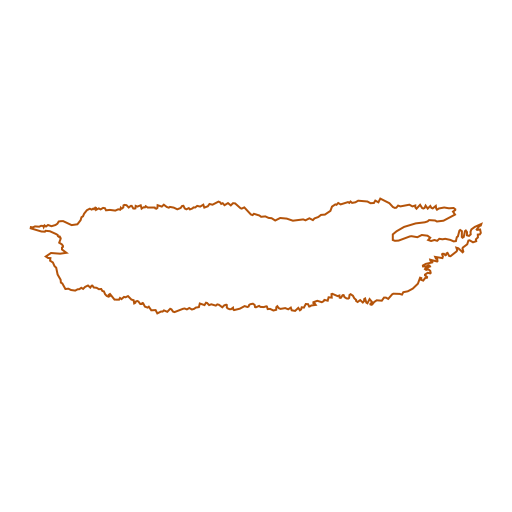 outline of Tlacotepec de Mejía, Veracruz, Mexico
{"feature_id": "50627088B38998854105063", "entity_name": "Tlacotepec de Mejía", "entity_type": "district", "adm_level": 2, "iso_a3": "MEX", "parent_name": "Mexico", "parent_adm1": "Veracruz", "projection": "orthographic", "projection_center": [-96.778, 19.183], "detail": "fine", "context": "isolated", "style": "outline", "palette": "amber", "viewbox_px": 512, "rotation_deg": 0, "n_neighbors": 0, "source": "geoboundaries", "source_scale": "gbopen_adm2", "svg_char_len": 6048}
<svg xmlns="http://www.w3.org/2000/svg" viewBox="0 0 512 512"><path d="M480.1,229.5L477.1,229.9L476.7,229.5L479.2,226.2L480.8,225.5L481.3,224.0L474.8,226.9L471.4,229.4L470.5,231.8L470.7,234.4L469.0,235.9L466.9,235.3L467.0,232.1L465.8,230.5L465.0,231.1L463.7,237.0L462.5,237.7L461.8,236.9L461.9,231.2L460.2,230.0L459.4,230.7L457.9,236.4L456.8,237.2L455.9,241.1L453.7,241.4L450.3,239.9L445.2,238.8L442.5,239.3L439.3,238.8L437.2,240.8L434.4,240.0L431.1,241.0L428.2,240.0L430.2,237.7L427.5,235.7L421.8,235.0L417.4,237.2L411.6,236.2L409.9,236.4L398.6,240.6L394.9,240.8L392.8,240.0L392.8,234.4L396.5,231.3L404.1,226.9L415.7,223.4L424.8,222.3L427.6,221.4L429.1,220.1L435.1,220.5L436.9,221.5L443.5,220.7L455.0,214.6L453.0,211.6L455.2,210.1L455.3,209.3L453.6,208.0L448.9,208.3L444.2,207.5L438.8,208.5L437.0,209.7L436.2,208.5L435.8,205.9L432.7,208.4L431.4,207.9L430.3,206.0L427.7,208.6L425.6,205.6L424.5,208.0L423.3,208.5L422.1,208.0L420.1,204.8L416.5,208.7L415.4,207.5L415.3,205.5L412.4,206.4L409.4,204.7L400.4,206.4L398.1,205.6L396.3,207.7L394.8,207.9L392.9,207.0L389.4,203.2L380.3,198.6L378.4,202.3L375.3,200.6L373.9,203.0L370.5,203.2L367.4,201.5L358.2,200.7L355.4,202.3L352.1,202.9L350.5,201.5L349.3,202.9L348.0,202.1L340.6,204.4L338.2,203.0L336.5,204.8L335.3,204.4L332.0,206.6L330.4,210.9L327.7,212.7L324.9,214.6L321.0,214.9L318.3,217.0L314.5,218.4L312.9,220.1L309.4,218.3L305.5,220.3L303.2,219.4L292.9,220.7L286.7,218.6L280.2,218.0L275.2,220.5L271.6,218.2L268.6,217.9L265.3,216.4L261.1,216.8L259.4,215.5L253.9,213.8L252.6,215.1L250.9,214.5L244.3,207.4L241.7,208.6L240.5,208.2L235.1,203.4L233.0,203.2L230.8,205.4L228.0,203.1L224.5,205.2L222.7,203.2L221.2,203.9L220.2,202.4L218.5,201.6L212.5,204.7L209.5,204.0L207.8,206.3L204.3,207.6L203.3,204.7L200.2,206.6L197.2,205.9L195.2,207.5L193.5,207.4L192.5,208.4L189.9,209.4L188.8,208.1L186.4,209.3L184.8,208.5L183.4,205.8L182.1,206.0L180.6,208.0L177.3,209.3L173.7,207.6L169.9,206.9L168.8,207.7L166.8,207.0L163.8,204.7L161.8,206.6L157.6,205.2L157.4,207.9L156.4,208.7L155.3,208.4L154.7,207.5L147.6,207.5L145.7,206.2L144.9,207.4L143.5,207.3L141.6,208.6L140.7,205.3L137.4,206.6L135.7,205.9L135.4,208.4L134.5,208.6L133.3,208.5L131.7,205.9L130.8,205.9L128.7,207.5L126.5,205.2L124.4,204.9L123.5,205.4L123.3,207.4L122.2,208.4L121.5,208.7L120.8,207.8L120.2,209.7L118.2,209.3L115.3,210.6L109.9,209.9L106.0,210.3L104.9,208.2L103.1,207.9L100.6,209.4L98.8,208.4L96.1,209.8L96.0,207.9L95.3,207.6L94.0,209.2L93.2,208.6L91.7,209.6L89.8,208.7L86.9,210.2L84.1,213.7L83.0,216.3L81.5,217.2L80.6,220.2L77.4,224.3L71.6,225.1L63.1,221.1L60.6,221.2L58.7,221.5L57.4,223.7L55.5,225.0L51.5,226.2L48.0,225.0L46.0,226.5L44.5,225.4L43.7,227.1L43.3,226.0L41.1,225.8L39.2,226.7L35.0,226.4L32.8,227.4L30.9,227.1L30.7,228.3L41.4,231.5L44.9,231.7L45.5,230.8L49.8,231.2L56.0,234.0L57.7,235.0L57.9,236.1L59.4,237.2L59.8,236.7L60.4,237.6L60.7,238.6L59.2,242.7L61.9,244.4L62.9,245.8L63.0,246.8L62.0,247.5L62.0,249.5L66.4,252.8L60.1,253.7L51.0,253.0L45.8,256.5L48.1,258.0L50.4,258.1L50.1,260.7L52.9,262.5L54.5,266.1L56.2,267.7L57.6,274.5L60.6,279.7L60.9,282.6L62.3,283.4L65.4,289.0L68.4,288.7L71.0,290.0L75.2,290.6L77.6,289.3L79.3,289.2L81.3,287.8L83.1,288.9L85.1,286.9L88.0,285.5L90.3,287.6L91.6,285.7L92.4,285.6L93.8,287.5L96.6,287.8L98.9,289.2L101.2,289.0L102.4,291.0L103.9,291.4L105.1,294.2L106.7,295.9L108.5,296.7L109.4,296.3L108.8,294.8L110.0,294.0L114.5,299.6L119.0,299.7L120.0,298.0L121.5,299.1L124.0,296.9L125.5,297.3L128.0,296.1L131.4,299.6L133.6,300.2L134.2,303.4L135.3,302.8L135.7,301.6L137.2,301.0L138.4,301.5L140.3,304.0L141.8,304.0L142.4,303.0L143.1,303.2L144.9,306.6L147.6,307.6L148.8,306.7L151.3,310.3L155.6,310.1L157.3,313.4L161.1,311.5L162.6,311.6L163.9,310.4L167.3,311.8L170.2,308.8L171.4,309.3L173.0,311.6L174.5,312.1L183.0,308.8L184.6,308.5L186.9,309.4L189.3,308.0L191.9,309.5L194.2,308.8L195.8,307.6L198.9,307.1L199.8,303.5L204.5,305.1L206.0,302.7L207.1,303.0L209.1,305.1L211.3,304.3L215.8,305.6L217.3,304.4L219.0,304.8L222.3,307.3L224.3,305.3L226.2,304.7L226.8,305.0L226.8,307.4L227.5,308.3L229.5,309.2L231.0,309.2L233.0,307.7L233.3,309.5L234.0,310.1L239.8,308.7L244.6,306.1L247.5,307.0L248.6,306.5L249.2,304.9L250.4,304.2L252.9,303.7L254.6,304.9L255.1,307.1L255.9,307.3L259.1,305.9L260.4,306.9L263.7,307.1L266.3,306.3L266.9,306.5L267.7,309.1L270.1,308.9L273.4,310.5L276.2,309.8L276.3,307.2L277.3,306.2L278.8,308.2L280.5,308.9L285.2,308.1L288.2,309.3L290.8,307.6L291.7,310.3L295.1,310.9L298.3,307.9L299.9,310.3L301.1,309.4L301.7,307.3L303.9,307.6L305.8,304.0L308.1,304.2L309.1,306.5L309.7,306.5L311.3,305.5L315.7,304.9L314.7,303.5L313.4,303.1L313.4,302.2L317.3,300.8L321.8,302.2L323.6,301.2L324.4,299.9L327.7,300.7L328.6,297.3L331.7,297.6L331.5,294.1L332.3,293.8L337.6,296.1L339.4,295.5L339.6,297.6L340.2,297.9L340.9,297.8L342.6,295.2L343.6,295.1L344.5,297.1L346.5,298.4L348.2,298.6L349.1,298.0L349.5,295.0L350.6,294.2L352.9,295.7L354.3,298.3L356.1,299.9L356.1,300.9L357.6,302.0L360.2,300.1L362.8,302.5L364.1,301.1L364.2,299.1L365.1,298.5L366.3,302.6L367.4,303.3L369.6,299.1L372.3,302.4L370.5,303.6L370.4,304.4L371.3,304.8L372.2,304.5L374.2,302.0L376.7,300.3L381.8,300.7L384.0,297.6L385.9,297.6L388.2,298.9L392.2,294.3L393.4,293.7L399.7,293.9L402.0,294.6L403.3,292.2L407.8,291.3L412.8,288.6L417.9,283.7L420.1,277.7L421.3,278.1L421.1,279.8L423.2,280.6L425.1,278.1L427.0,277.7L427.1,277.0L425.0,275.3L425.0,274.6L427.7,272.8L430.2,273.4L430.7,272.9L430.2,270.8L429.0,269.8L428.2,269.3L426.2,269.9L425.0,269.1L425.8,268.0L430.0,266.5L429.5,265.6L428.5,265.4L426.0,266.5L423.0,266.4L422.9,265.5L425.8,263.9L432.3,262.4L432.4,261.8L430.4,260.6L430.2,259.7L437.1,261.5L437.5,261.1L437.2,259.1L436.0,258.7L435.2,256.9L442.4,258.1L442.9,256.5L442.1,254.2L442.5,253.8L443.9,253.8L445.4,255.3L445.9,255.1L446.6,253.3L447.5,252.9L449.2,256.0L450.5,256.2L456.6,251.4L457.2,250.2L456.4,247.7L458.4,248.3L462.6,252.3L463.3,251.6L462.5,248.5L462.8,247.6L467.2,244.3L468.4,240.6L469.6,240.3L473.0,242.3L476.2,241.2L475.9,239.3L477.9,237.4L477.8,234.6L479.8,234.4L480.8,232.9L480.1,229.5Z" fill="none" stroke="#b45309" stroke-width="2"/></svg>